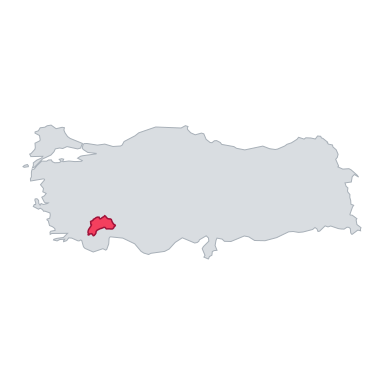 Burdur highlighted on a map of Turkey
{"feature_id": "TUR-2273", "entity_name": "Burdur", "entity_type": "Province", "adm_level": 1, "iso_a3": "TUR", "parent_name": "Turkey", "parent_adm1": "", "projection": "robinson", "projection_center": [30.062, 37.38], "detail": "fine", "context": "in_parent", "style": "filled", "palette": "rose", "viewbox_px": 384, "rotation_deg": 0, "n_neighbors": 0, "source": "natural_earth", "source_scale": "10m", "svg_char_len": 4506}
<svg xmlns="http://www.w3.org/2000/svg" viewBox="0 0 384 384"><path d="M298.6,137.3L304.1,139.1L305.8,137.8L310.8,138.0L315.3,139.0L317.6,136.0L320.7,136.3L321.4,137.9L322.9,138.4L327.7,142.2L327.2,142.7L328.4,144.1L332.5,145.0L332.9,146.9L336.2,149.8L338.1,154.3L337.3,157.4L335.7,159.3L338.6,166.0L337.9,166.9L342.8,169.1L348.9,168.7L350.9,169.7L357.0,175.0L358.6,177.1L354.4,174.5L352.2,176.7L351.3,182.0L345.0,182.9L346.1,186.3L347.9,187.9L347.5,191.1L348.1,192.4L349.9,194.5L349.8,197.4L350.7,200.5L350.9,204.2L353.7,205.3L352.5,207.0L349.9,214.4L350.2,215.0L352.2,215.2L356.9,218.7L356.1,219.8L356.9,224.5L361.0,227.7L360.4,229.2L360.6,230.8L357.8,230.1L352.2,234.3L351.6,234.2L350.7,232.8L350.3,228.5L348.9,227.4L347.1,227.2L344.1,229.1L341.2,229.0L338.4,228.6L330.7,226.0L328.0,226.9L325.1,225.9L319.7,231.1L318.0,231.5L317.0,229.0L315.0,227.5L312.6,229.5L303.0,232.0L298.6,232.4L293.2,231.5L288.7,231.8L276.7,237.6L265.1,240.7L254.6,240.5L248.7,236.8L244.2,236.0L230.9,241.5L224.4,241.3L222.1,239.1L217.0,238.1L216.0,240.3L215.1,245.5L217.0,250.3L214.1,250.6L212.3,251.6L211.9,255.2L209.4,256.6L208.5,258.9L208.1,258.9L203.9,257.1L205.0,255.3L202.2,248.7L203.4,246.6L208.8,241.2L208.5,238.0L206.2,235.8L199.4,239.8L198.8,241.3L197.2,242.5L194.7,243.0L182.3,237.8L175.2,242.4L169.2,249.0L164.6,251.4L151.0,253.3L148.6,254.5L143.9,253.1L141.1,251.4L134.7,243.8L122.8,238.1L110.2,236.8L109.1,238.2L108.7,244.0L106.7,249.5L105.7,250.1L102.9,248.7L93.2,252.0L85.0,248.4L83.5,246.8L81.7,240.4L80.5,240.0L79.2,240.9L77.8,240.8L71.8,238.1L68.7,237.9L66.7,240.6L63.6,241.7L63.5,240.9L64.7,239.2L59.8,239.5L57.1,240.9L53.5,240.0L53.8,239.3L56.7,238.4L63.4,237.5L67.6,233.3L51.7,233.5L50.2,234.4L50.0,232.2L50.9,231.2L55.1,230.4L54.8,228.5L52.3,226.6L49.5,225.5L48.3,220.9L46.9,219.8L47.1,219.1L49.7,218.3L50.3,215.0L49.9,212.9L44.8,211.1L43.7,211.3L42.4,209.5L40.2,208.2L38.5,209.2L33.3,206.5L34.3,204.5L35.6,204.6L35.8,203.0L34.9,200.4L35.0,199.1L36.1,198.7L37.4,199.0L38.6,200.5L38.8,203.5L40.1,205.2L41.1,203.5L43.4,204.5L47.6,203.5L48.4,202.8L45.4,202.8L44.3,202.1L41.8,197.2L44.4,195.8L46.2,193.4L42.8,191.8L43.5,188.5L40.5,184.7L44.6,179.9L44.4,179.2L43.1,178.9L30.6,181.0L30.4,178.8L31.4,176.9L31.4,172.3L31.9,169.8L34.3,169.0L37.2,165.4L41.8,161.1L46.6,161.2L48.5,160.0L51.4,159.9L52.2,161.6L54.7,162.8L59.1,162.6L61.2,161.5L59.2,159.3L61.7,158.7L63.7,159.2L62.6,161.5L63.2,161.7L68.9,161.0L74.9,161.6L81.5,161.3L82.3,160.6L77.6,158.2L80.6,156.2L82.3,155.8L96.1,153.9L96.2,153.4L87.7,152.4L83.4,149.6L82.2,148.2L83.1,144.6L84.0,143.6L87.0,143.5L97.4,145.1L104.8,144.1L112.9,146.5L120.6,146.0L122.2,145.0L124.1,141.5L135.0,135.8L138.8,132.8L155.7,127.0L181.1,128.0L185.4,125.7L188.0,126.5L187.4,128.0L187.5,129.4L190.7,132.8L195.2,134.8L201.5,133.1L203.8,133.8L206.1,139.3L210.1,142.5L212.0,142.7L214.3,140.8L216.6,140.6L220.3,142.5L221.7,144.4L233.9,146.6L236.5,148.3L244.8,149.9L262.8,146.1L269.6,148.7L275.2,149.5L277.5,149.1L284.7,146.0L287.0,144.3L291.5,142.8L297.0,139.3L298.6,137.3ZM64.4,127.7L63.9,130.1L65.0,132.8L67.5,136.5L70.1,138.4L82.4,143.4L80.6,148.1L77.6,148.9L67.0,146.6L62.7,148.5L59.6,148.0L55.3,148.9L54.0,151.7L51.0,155.0L42.5,159.0L34.6,167.0L32.4,168.0L33.4,165.3L33.3,162.9L36.8,160.1L41.6,158.0L42.8,156.3L30.9,156.6L29.7,154.1L31.0,153.6L34.9,149.3L35.3,147.5L35.0,143.2L39.8,140.8L40.2,139.8L39.5,135.5L35.0,133.1L35.1,131.9L38.4,130.8L40.2,127.8L44.9,127.2L47.1,125.8L51.1,125.1L56.1,128.7L62.1,127.3L64.4,127.7ZM28.3,166.7L24.3,167.3L23.0,166.7L24.3,165.4L27.4,164.5L28.4,165.8L28.3,166.7Z" fill="#d9dde1" stroke="#a8b0b8" stroke-width="1"/><path d="M91.1,224.3L90.9,224.3L90.7,223.5L90.8,222.7L90.6,222.1L90.6,221.5L92.9,220.4L93.1,219.9L93.3,219.4L93.8,219.1L94.1,219.0L94.8,218.6L96.1,217.6L97.5,217.1L99.1,217.2L99.3,217.9L99.6,218.6L100.3,218.8L101.0,218.5L102.9,217.1L103.4,216.9L103.9,216.6L104.7,215.7L105.6,216.3L106.4,217.4L107.1,218.1L107.9,218.7L109.1,218.9L110.2,218.9L111.3,219.5L111.9,221.2L112.4,222.3L113.4,223.8L113.6,224.2L113.9,224.6L114.2,224.5L114.7,224.6L115.1,225.1L115.3,225.7L114.1,226.8L113.8,227.7L112.7,228.8L112.0,229.0L110.7,229.0L109.1,228.8L106.6,228.9L106.2,228.8L105.1,227.5L104.0,227.3L101.4,228.4L100.3,228.6L97.1,230.2L96.1,231.5L95.9,233.1L95.2,234.3L94.7,234.8L94.2,235.4L93.8,235.6L93.3,235.7L91.8,233.7L89.6,234.0L88.8,235.0L88.1,234.7L88.4,233.5L88.0,232.4L88.1,231.3L88.4,230.1L88.9,229.1L90.6,226.6L91.4,225.1L91.5,224.9L91.4,224.6L91.3,224.4L91.2,224.3L91.1,224.3Z" fill="#f43f5e" stroke="#9f1239" stroke-width="1.5"/></svg>